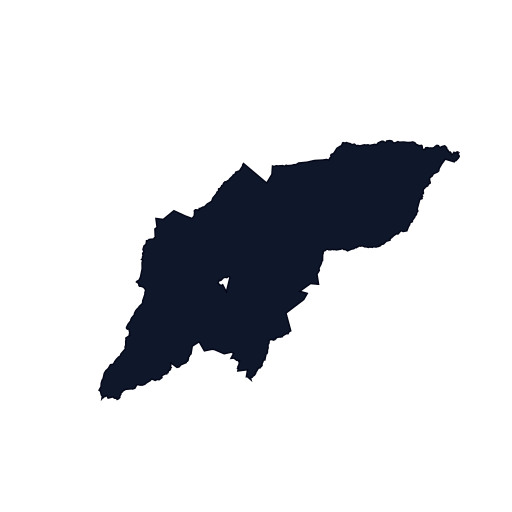 Makoni, Manicaland, Zimbabwe (Robinson projection), rotated 39°
{"feature_id": "62879985B27116987268551", "entity_name": "Makoni", "entity_type": "district", "adm_level": 2, "iso_a3": "ZWE", "parent_name": "Zimbabwe", "parent_adm1": "Manicaland", "projection": "robinson", "projection_center": [32.274, -18.385], "detail": "fine", "context": "isolated", "style": "filled", "palette": "ink", "viewbox_px": 512, "rotation_deg": 39, "n_neighbors": 0, "source": "geoboundaries", "source_scale": "gbopen_adm2", "svg_char_len": 6085}
<svg xmlns="http://www.w3.org/2000/svg" viewBox="0 0 512 512"><g transform="rotate(39 256 256)"><path d="M226.0,463.8L226.0,462.9L226.5,462.2L226.4,460.7L227.0,460.4L227.6,458.7L228.4,458.6L230.5,459.5L233.5,455.5L235.4,455.6L237.1,454.4L238.3,454.9L239.0,453.6L239.2,451.6L238.2,450.5L238.0,448.4L237.1,447.5L237.6,446.1L237.5,444.8L238.6,441.7L243.0,437.4L243.8,437.1L245.1,434.9L244.5,431.8L244.8,430.6L245.3,430.1L246.6,429.7L249.0,427.8L250.3,425.7L250.7,423.5L252.3,419.1L252.0,418.3L252.5,417.1L256.0,416.1L256.9,414.1L258.6,413.1L259.4,409.9L259.3,409.5L258.7,409.5L258.3,408.3L258.6,407.0L259.8,404.6L260.8,403.8L260.4,403.0L261.0,402.1L260.2,400.1L260.9,398.9L260.7,397.6L260.1,397.0L260.2,396.1L259.6,396.2L257.7,393.4L256.9,392.7L256.2,392.6L264.7,392.3L266.0,390.6L266.1,387.8L268.8,382.8L268.5,381.8L268.9,380.8L268.8,379.7L268.5,379.1L267.8,379.0L267.9,378.0L267.1,377.1L267.3,376.1L266.8,375.2L267.1,373.0L263.2,366.2L265.8,358.4L275.6,362.2L280.5,356.2L282.5,354.9L292.8,352.0L297.5,346.1L299.9,345.8L301.0,351.3L303.1,349.2L306.7,349.2L309.0,347.7L309.1,348.9L310.1,349.3L311.1,351.2L311.7,353.7L312.8,353.9L312.4,354.9L313.3,355.0L314.2,356.8L321.0,349.7L324.5,355.9L325.2,355.2L330.1,355.4L328.7,354.4L328.6,353.7L329.3,352.7L329.3,350.9L329.8,349.6L329.6,347.5L328.6,346.6L329.1,346.1L328.4,341.7L329.6,340.2L329.2,339.3L329.7,338.5L329.5,337.1L328.7,337.1L328.8,336.2L328.0,335.0L328.1,334.2L327.5,332.9L327.5,331.8L328.3,331.3L325.5,325.9L325.9,325.0L325.5,323.7L323.7,321.3L323.6,320.4L323.0,319.5L321.0,317.3L321.1,316.0L319.1,312.9L321.5,310.2L322.0,310.6L322.5,310.4L323.3,309.0L323.2,308.1L323.5,307.6L323.0,306.9L324.9,304.4L326.0,303.7L326.4,302.9L327.1,302.5L327.1,300.8L328.5,297.2L329.8,296.2L329.3,294.0L330.1,292.3L315.2,281.5L320.5,259.8L319.4,252.8L312.2,255.9L315.7,243.1L322.4,238.6L314.8,231.7L314.3,227.4L312.9,226.2L312.5,225.4L311.6,221.2L310.4,218.4L310.6,217.7L307.1,213.2L306.3,211.2L305.6,210.8L305.4,209.7L306.2,208.6L306.5,206.8L307.5,205.5L308.6,205.4L310.2,204.1L311.1,202.8L312.2,202.3L313.3,201.2L314.5,200.8L317.6,197.3L318.4,195.9L319.1,195.6L320.2,195.7L321.4,194.7L323.9,194.4L325.7,190.9L327.5,188.6L327.8,186.9L328.7,186.5L328.7,185.6L329.3,185.1L329.8,183.1L330.8,182.8L332.2,181.2L334.9,180.4L335.8,179.5L338.0,178.6L338.7,177.3L339.9,176.8L340.1,176.1L341.0,176.0L341.4,174.9L343.8,173.4L344.2,172.4L344.8,172.1L345.6,170.8L345.3,169.9L346.2,169.7L346.2,167.6L347.2,167.0L347.6,166.3L347.9,162.6L350.2,159.4L349.2,157.8L349.8,156.8L350.2,153.5L351.2,150.3L351.5,149.9L352.1,149.9L352.7,149.0L352.5,148.0L352.7,145.7L353.2,144.8L354.9,144.4L357.4,141.5L356.0,137.3L355.7,135.0L354.8,133.2L355.9,130.9L355.1,129.9L354.9,125.9L354.4,124.7L354.6,122.9L353.6,121.1L353.5,119.2L352.1,118.4L351.4,117.4L347.6,108.8L348.9,107.1L348.8,106.6L347.9,106.7L347.9,104.8L346.3,104.3L346.2,103.1L346.8,102.2L345.9,101.0L345.2,100.8L343.9,98.2L344.4,97.4L344.2,95.9L345.3,93.5L344.8,91.6L345.5,89.8L344.9,89.0L343.1,87.8L341.8,85.9L342.6,83.0L342.1,80.6L344.2,76.4L344.4,74.9L343.2,72.6L342.4,67.5L342.1,61.6L350.8,58.1L350.8,56.6L351.4,55.9L351.6,52.8L351.3,50.7L350.1,50.0L349.4,50.4L348.8,49.6L348.6,48.4L347.8,49.3L347.2,48.2L346.5,49.0L346.0,50.7L344.6,50.8L344.8,53.2L344.1,54.2L343.7,54.2L342.7,53.2L341.3,53.0L340.7,53.7L340.1,53.8L338.6,53.0L337.4,53.0L335.8,51.8L333.3,51.6L331.5,54.1L331.1,55.5L329.0,56.1L328.4,55.4L326.9,56.2L326.3,58.1L326.2,59.6L325.4,60.8L324.7,61.7L324.1,61.8L322.5,63.3L321.2,63.7L319.8,65.0L319.9,66.0L320.5,66.1L320.6,66.5L319.0,68.0L318.0,68.1L315.9,66.0L315.1,65.8L312.9,68.0L311.9,67.8L310.6,68.5L308.1,68.0L305.9,68.8L304.6,70.5L302.2,72.5L299.0,74.5L295.9,77.3L294.3,77.8L292.8,80.7L291.5,81.6L289.2,81.1L287.3,82.1L285.2,84.4L285.6,85.8L285.0,86.5L282.7,86.8L281.5,87.7L279.7,91.3L279.9,92.4L279.3,94.1L278.1,94.4L274.7,98.6L273.2,99.0L271.4,100.8L270.3,101.3L267.5,105.0L265.4,106.1L264.7,107.2L262.1,107.1L260.5,109.1L258.4,109.4L255.8,110.7L255.1,110.7L254.0,112.3L252.4,113.0L252.1,113.7L252.6,114.6L253.0,117.1L252.4,117.6L251.1,121.4L251.8,127.0L251.2,128.8L250.6,129.5L250.7,130.7L252.2,131.5L252.3,132.0L251.7,132.6L252.2,135.6L250.0,136.6L247.6,139.3L241.3,145.0L236.7,150.9L230.5,157.0L230.1,158.6L229.1,160.4L228.1,161.0L226.7,163.1L223.6,166.0L222.3,166.5L221.5,168.6L219.9,168.9L216.3,172.3L214.9,173.1L213.8,175.0L212.2,175.7L217.0,182.5L218.4,192.6L188.1,192.0L188.3,193.6L189.0,194.5L189.6,200.2L187.5,203.6L188.2,205.4L187.3,207.6L187.6,208.4L187.0,212.7L187.3,213.7L186.4,216.0L186.4,217.0L185.2,217.8L185.0,219.8L185.7,221.8L185.1,222.9L185.5,223.6L185.5,226.5L184.7,227.3L186.2,229.5L185.5,230.7L186.1,232.6L186.0,238.1L187.2,241.4L185.4,246.0L185.0,250.4L184.0,251.3L182.7,254.3L182.0,254.8L182.8,256.7L181.9,256.8L179.9,258.1L179.6,259.3L179.7,259.9L180.8,260.7L182.8,263.9L182.7,267.1L175.9,269.4L163.7,272.5L160.9,286.0L154.6,289.8L161.1,296.0L160.4,298.6L166.0,304.9L165.6,305.7L165.8,307.2L162.5,310.4L162.4,311.9L161.3,313.0L163.0,315.7L163.0,317.1L162.6,318.6L164.1,322.1L166.2,323.1L166.2,324.9L166.5,325.6L168.3,327.0L168.3,328.0L169.3,329.3L169.3,330.8L170.3,330.4L170.9,330.6L171.5,332.7L175.6,337.6L179.5,345.1L180.3,348.4L179.4,350.5L179.4,351.4L182.1,351.2L183.6,352.6L184.5,352.8L185.9,351.8L188.4,351.0L191.6,351.8L192.8,354.5L193.7,355.5L196.1,362.0L197.3,363.7L197.6,364.9L197.0,368.7L197.4,370.4L197.0,371.2L197.0,374.3L197.6,376.9L198.5,378.4L198.3,382.0L198.7,384.0L199.4,385.1L199.5,389.5L200.3,393.0L200.8,393.6L202.1,393.8L202.8,392.8L203.3,392.8L206.1,395.1L207.3,397.3L207.9,397.2L206.5,401.7L207.5,402.6L208.5,404.4L210.9,407.3L211.5,409.2L212.9,410.2L212.7,417.0L213.5,419.5L212.8,420.9L212.5,424.1L212.7,427.1L213.2,429.2L213.0,430.2L211.3,432.1L212.0,436.3L211.5,439.7L211.9,442.6L214.4,447.6L214.5,449.2L215.9,452.5L217.8,455.0L218.5,459.1L220.3,459.0L223.2,461.3L224.8,461.7L226.0,463.8ZM247.0,291.1L247.3,289.5L248.5,288.7L249.1,288.8L255.6,302.6L248.2,299.3L248.0,300.2L246.6,301.2L243.3,301.0L243.1,299.2L242.5,297.9L243.6,297.6L244.1,296.8L244.4,293.2L245.6,291.9L247.0,291.1Z" fill="#0f172a" stroke="#020617" stroke-width="1.5"/></g></svg>